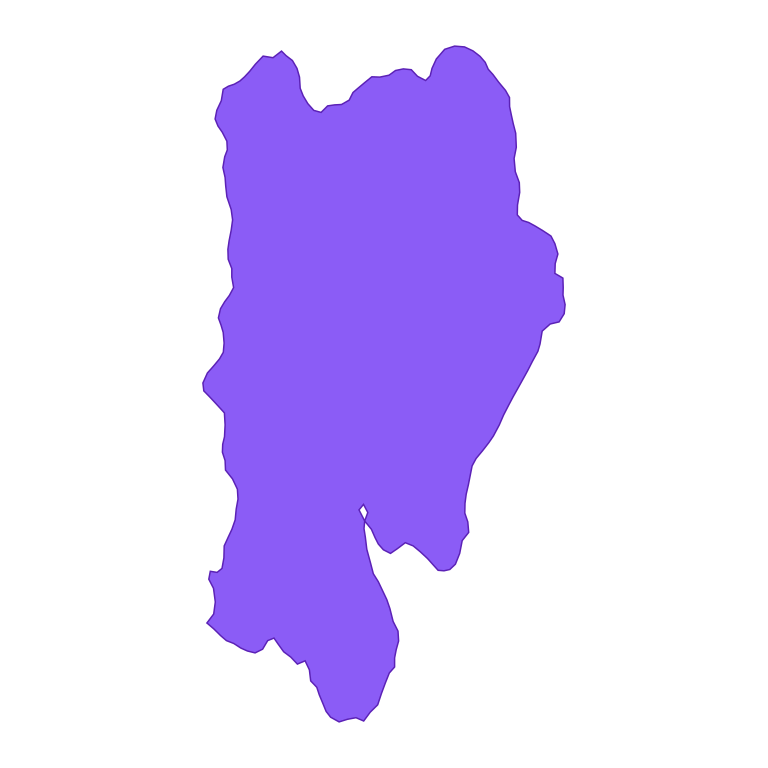 outline of Felício dos Santos, Minas Gerais, Brazil
{"feature_id": "56859067B15462211788093", "entity_name": "Felício dos Santos", "entity_type": "district", "adm_level": 2, "iso_a3": "BRA", "parent_name": "Brazil", "parent_adm1": "Minas Gerais", "projection": "equal_earth", "projection_center": [-43.242, -18.147], "detail": "fine", "context": "isolated", "style": "filled", "palette": "violet", "viewbox_px": 768, "rotation_deg": 0, "n_neighbors": 0, "source": "geoboundaries", "source_scale": "gbopen_adm2", "svg_char_len": 2828}
<svg xmlns="http://www.w3.org/2000/svg" viewBox="0 0 768 768"><path d="M297.4,664.1L305.1,660.8L309.4,669.9L310.7,680.9L316.8,687.3L319.3,694.9L322.9,703.5L326.1,711.4L330.6,717.2L339.1,721.9L347.4,719.3L356.0,717.7L363.7,721.0L370.2,712.2L377.7,704.8L381.4,693.6L385.4,682.8L389.3,673.0L394.6,667.0L394.6,657.9L396.2,649.7L398.6,641.0L398.0,631.1L393.1,621.4L389.9,608.6L386.8,599.6L383.2,592.0L378.3,581.7L373.3,573.7L370.5,562.9L366.8,549.3L365.3,536.9L364.0,528.6L364.7,521.0L371.4,529.3L375.1,537.7L378.3,544.0L383.4,549.8L390.5,553.4L397.2,548.8L405.3,542.7L413.2,545.9L420.3,551.8L427.4,558.4L433.5,565.2L438.1,570.3L444.0,570.8L449.8,569.5L455.4,564.2L459.7,553.4L462.2,540.6L468.7,532.4L467.8,521.9L464.8,513.1L465.0,503.3L466.2,494.2L468.4,484.7L470.3,475.0L472.1,465.9L476.1,458.5L482.9,450.3L488.8,442.7L493.4,436.0L499.3,424.9L503.6,415.0L508.6,405.3L513.1,396.8L518.1,387.9L523.0,379.1L527.7,370.6L532.4,361.4L537.9,351.3L540.0,344.1L542.2,331.1L550.2,324.0L559.1,321.9L564.2,313.7L565.1,304.6L563.0,295.1L563.2,287.5L562.9,278.1L554.9,273.4L555.2,263.6L557.9,254.0L554.9,243.7L551.0,236.1L543.5,231.1L535.1,226.0L528.7,222.5L522.2,220.4L517.3,214.9L517.5,205.0L519.7,192.4L519.3,182.6L515.3,171.7L514.1,158.5L516.3,147.3L515.7,133.2L513.2,123.5L511.4,115.3L509.6,106.6L509.5,97.5L505.5,90.4L498.6,82.1L493.1,74.7L488.2,69.2L485.2,62.3L480.1,56.4L473.0,50.9L464.5,46.9L454.6,46.1L444.7,49.3L436.3,59.0L432.0,68.4L430.2,75.8L425.6,80.5L417.5,76.3L411.3,69.7L403.3,68.9L395.5,70.5L389.0,75.2L379.8,77.1L371.8,76.8L364.7,82.6L357.9,88.3L353.0,92.5L349.2,100.1L341.5,104.5L334.4,104.9L327.6,105.9L321.1,112.4L313.8,110.4L307.8,103.6L303.2,95.9L300.2,88.3L299.5,77.1L297.0,68.4L292.4,60.5L286.0,55.6L281.5,51.1L273.0,57.7L263.1,56.1L255.4,64.2L249.7,71.3L244.6,76.8L239.9,81.0L234.3,84.2L228.4,86.2L223.2,89.3L221.3,100.7L216.8,110.3L215.1,119.0L218.0,126.1L222.3,132.3L226.9,141.2L227.3,149.9L224.7,156.8L222.9,167.5L225.1,177.5L225.7,185.8L226.9,196.8L231.2,209.6L232.6,219.9L231.2,230.2L229.1,240.8L227.9,249.3L228.2,259.3L231.8,268.6L231.8,277.1L233.6,287.6L229.4,295.4L224.7,301.7L220.5,308.7L218.4,317.9L221.0,325.0L223.2,332.4L224.1,343.1L223.3,352.3L219.5,358.9L213.7,365.9L207.4,373.0L202.9,383.0L203.8,390.9L209.4,396.6L216.5,404.2L224.4,412.9L225.1,424.9L224.5,436.8L222.7,444.3L222.4,452.2L225.1,460.6L225.5,470.1L232.5,478.9L237.4,489.2L238.0,499.1L236.2,509.1L235.2,519.8L231.9,529.3L228.1,537.4L224.2,545.9L223.9,557.9L222.0,568.4L217.1,572.4L210.3,571.3L208.8,579.2L213.5,588.3L215.3,602.0L213.7,614.0L206.9,623.0L213.7,628.8L220.6,635.6L226.4,640.6L233.8,643.5L240.9,648.1L247.4,651.0L255.1,652.9L262.6,649.2L267.7,640.6L274.0,638.1L278.0,643.9L283.7,651.8L290.8,657.1L297.4,664.1ZM364.7,521.0L359.0,509.9L363.5,504.4L367.8,512.5L364.7,521.0Z" fill="#8b5cf6" stroke="#5b21b6" stroke-width="1.5"/></svg>